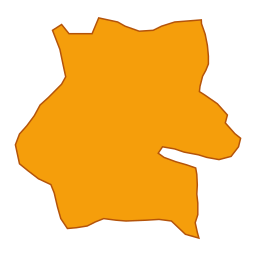 Kalopsida, Cyprus
{"feature_id": "46923920B75029215318719", "entity_name": "Kalopsida", "entity_type": "district", "adm_level": 2, "iso_a3": "CYP", "parent_name": "Cyprus", "parent_adm1": "", "projection": "mercator", "projection_center": [33.806, 35.103], "detail": "fine", "context": "isolated", "style": "filled", "palette": "amber", "viewbox_px": 256, "rotation_deg": 0, "n_neighbors": 0, "source": "geoboundaries", "source_scale": "gbopen_adm2", "svg_char_len": 1011}
<svg xmlns="http://www.w3.org/2000/svg" viewBox="0 0 256 256"><path d="M98.7,17.9L92.1,33.7L80.6,33.7L69.0,33.7L61.6,24.5L52.5,30.3L59.9,49.4L63.2,65.2L65.7,76.8L61.6,84.2L48.4,97.5L40.1,105.0L34.3,115.7L26.9,125.7L19.5,134.0L15.4,144.8L19.5,163.8L27.7,170.5L38.5,178.8L50.9,184.6L54.2,192.9L57.5,207.0L60.8,218.6L67.4,228.5L76.4,227.7L87.2,226.0L95.4,221.9L103.7,218.6L116.1,220.2L126.0,221.0L145.8,220.2L159.0,219.4L171.4,221.0L185.4,234.3L198.9,238.1L197.3,232.3L195.2,222.7L197.8,214.7L197.8,203.1L196.8,194.1L197.3,185.0L196.8,174.4L195.7,168.0L186.8,164.9L175.7,161.7L164.0,157.4L158.2,153.2L162.5,146.8L174.6,148.9L184.1,152.1L198.4,154.8L206.8,157.4L219.0,159.6L231.1,156.4L238.5,146.8L240.6,138.3L234.8,133.6L225.3,122.9L227.4,115.0L217.4,103.8L205.2,95.3L199.4,91.6L200.0,86.3L202.6,76.2L205.8,70.4L208.4,64.0L208.4,56.1L207.4,45.5L205.2,34.3L201.5,23.7L201.3,19.9L174.7,22.0L161.5,26.2L153.2,30.3L139.2,31.2L125.1,26.2L117.7,22.0L98.7,17.9Z" fill="#f59e0b" stroke="#b45309" stroke-width="1.5"/></svg>